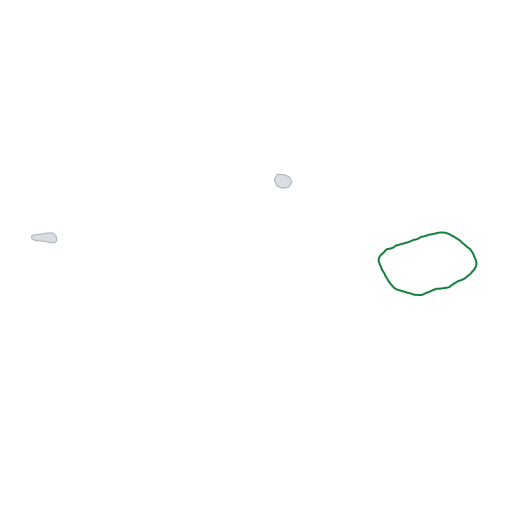 location of South Nilandhoo, Maldives, rotated 251°
{"feature_id": "70690204B67340170019172", "entity_name": "South Nilandhoo", "entity_type": "district", "adm_level": 2, "iso_a3": "MDV", "parent_name": "Maldives", "parent_adm1": "", "projection": "orthographic", "projection_center": [72.94, 2.835], "detail": "fine", "context": "in_parent", "style": "outline", "palette": "green", "viewbox_px": 512, "rotation_deg": 251, "n_neighbors": 0, "source": "geoboundaries", "source_scale": "gbopen_adm2", "svg_char_len": 3504}
<svg xmlns="http://www.w3.org/2000/svg" viewBox="0 0 512 512"><g transform="rotate(251 256 256)"><path d="M344.1,71.1L339.6,73.5L335.4,72.6L334.0,69.5L336.1,65.0L339.6,59.2L342.0,52.9L345.5,49.5L348.3,50.6L348.0,54.2L346.7,59.0L345.9,65.3L344.1,71.1ZM319.5,313.5L314.0,314.0L310.5,309.5L311.3,303.1L315.6,298.5L322.4,298.3L326.3,302.3L324.2,308.6L319.5,313.5Z" fill="#d9dde1" stroke="#a8b0b8" stroke-width="1"/><path d="M180.4,462.5L181.7,462.4L182.9,462.3L184.2,462.2L185.7,462.1L187.1,462.1L188.5,461.8L189.4,461.7L190.3,461.4L191.3,461.1L192.7,460.8L193.8,460.1L194.4,459.5L195.5,458.7L196.7,458.2L197.5,457.7L198.7,456.9L199.9,456.2L201.6,455.2L203.3,454.4L205.0,453.3L206.1,452.4L207.1,451.7L207.7,451.1L209.2,450.0L210.2,449.2L211.0,448.3L211.8,447.5L212.9,446.7L213.8,446.0L214.7,444.8L215.5,443.6L216.4,442.5L216.8,441.7L217.2,440.7L217.5,439.8L217.7,439.2L218.0,438.5L218.3,437.7L218.4,436.8L218.6,436.0L218.7,435.4L218.7,434.8L218.8,434.1L218.9,433.5L218.9,432.9L218.9,432.2L219.0,431.6L219.1,430.8L219.3,430.0L219.3,429.2L219.4,428.6L219.7,427.3L219.8,426.3L219.9,425.4L219.8,424.6L219.8,423.9L219.8,422.0L219.9,421.3L219.9,420.8L220.0,420.4L220.0,420.1L220.0,419.7L220.4,419.0L220.3,418.0L220.0,417.2L219.8,416.3L219.6,415.2L219.5,414.3L219.5,413.5L219.6,412.8L219.7,412.2L219.7,411.5L219.8,410.9L219.9,409.7L219.8,408.6L219.6,407.0L219.6,405.2L219.5,404.0L219.6,403.2L219.6,402.3L219.7,401.7L219.8,400.8L219.9,400.1L219.8,399.3L219.8,398.7L219.9,398.0L219.9,397.3L220.0,396.7L220.1,396.3L220.1,395.9L220.0,395.5L220.1,395.1L220.0,394.5L220.0,393.9L220.1,393.4L220.2,393.0L220.2,392.7L220.4,392.3L220.4,392.0L220.4,391.5L220.1,391.0L219.8,390.3L219.6,389.6L219.4,388.8L219.3,388.3L219.3,387.7L219.2,386.5L219.3,385.6L219.3,384.9L219.5,384.2L219.7,383.4L219.7,382.3L219.7,381.5L219.5,380.9L219.0,379.9L218.5,379.2L217.9,378.2L217.7,377.7L217.4,377.2L217.0,376.2L216.8,375.5L216.5,374.7L216.3,374.3L216.1,373.9L215.7,373.5L215.3,373.0L214.8,372.4L214.3,371.9L213.9,371.6L213.4,371.3L212.5,370.8L212.2,370.6L211.4,370.4L210.3,370.3L209.4,370.3L208.4,370.4L207.2,370.4L206.2,370.5L205.4,370.7L204.6,370.7L203.5,370.6L202.4,370.7L201.3,370.9L200.1,371.1L199.0,371.4L197.8,371.7L196.5,371.8L195.1,371.9L193.5,372.3L192.3,372.5L191.3,372.8L190.4,372.8L189.1,373.2L187.8,373.5L186.7,373.9L185.6,374.3L184.4,374.8L182.7,375.4L181.7,375.9L180.9,376.3L180.1,376.9L179.3,377.5L178.7,378.1L178.2,378.6L177.7,379.3L177.0,380.2L176.4,381.2L175.8,382.1L175.2,382.9L174.6,383.5L174.2,384.3L173.9,384.7L173.4,385.5L173.0,385.9L172.6,386.3L172.2,386.9L171.8,387.5L171.6,388.0L170.8,389.4L170.0,390.3L169.0,391.5L168.5,392.1L167.8,393.3L167.3,394.1L167.1,394.7L166.9,395.4L166.6,396.3L166.1,397.3L165.6,398.4L165.4,399.5L165.2,400.7L165.3,401.8L165.5,403.0L165.5,404.1L165.7,405.4L165.6,407.1L165.7,408.4L165.9,409.6L166.0,410.9L166.1,411.9L166.2,413.0L166.1,414.3L166.2,415.3L166.2,416.1L166.0,416.9L165.7,417.8L165.4,418.7L165.1,420.0L164.8,421.3L164.6,422.5L164.4,423.3L164.2,424.6L164.0,425.9L163.8,427.0L163.7,428.0L163.7,428.8L164.5,430.7L164.8,431.6L165.1,433.1L165.4,434.2L165.7,435.1L165.8,436.2L166.1,437.2L166.4,438.6L166.4,439.7L166.4,440.6L166.4,441.6L166.4,442.6L166.5,444.0L166.6,444.8L166.7,445.8L167.2,446.9L167.4,447.6L167.6,448.1L168.4,450.0L168.6,451.2L169.1,452.3L169.5,453.3L170.1,454.3L170.9,455.5L171.5,456.6L172.1,457.8L172.6,458.5L173.0,459.0L173.8,459.7L174.5,460.5L175.4,461.2L176.4,461.7L178.0,462.3L179.1,462.3L180.4,462.5Z" fill="none" stroke="#15803d" stroke-width="2"/></g></svg>